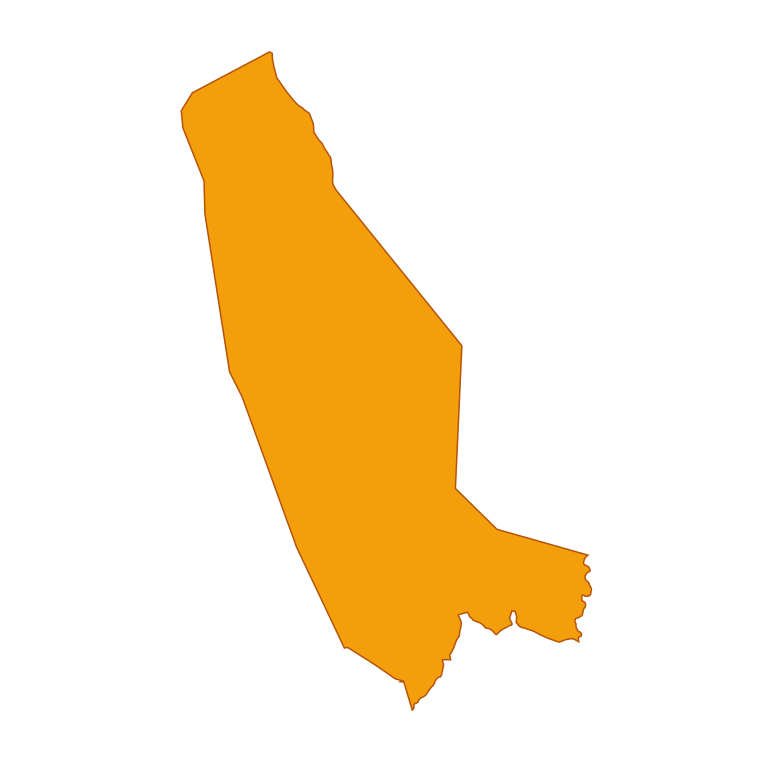 the district of San José del Peñasco, Oaxaca, Mexico, rotated 184°
{"feature_id": "50627088B98907019686863", "entity_name": "San José del Peñasco", "entity_type": "district", "adm_level": 2, "iso_a3": "MEX", "parent_name": "Mexico", "parent_adm1": "Oaxaca", "projection": "mercator", "projection_center": [-96.508, 16.278], "detail": "fine", "context": "isolated", "style": "filled", "palette": "amber", "viewbox_px": 768, "rotation_deg": 184, "n_neighbors": 0, "source": "geoboundaries", "source_scale": "gbopen_adm2", "svg_char_len": 3843}
<svg xmlns="http://www.w3.org/2000/svg" viewBox="0 0 768 768"><g transform="rotate(184 384 384)"><path d="M521.4,707.3L595.5,661.1L605.3,642.4L603.9,634.1L602.5,625.5L577.7,574.0L574.6,541.6L538.9,385.3L524.6,361.2L498.3,302.0L459.7,214.9L405.1,117.9L404.9,118.1L401.6,118.5L378.5,106.1L367.5,99.8L367.0,99.5L365.0,98.3L361.8,96.5L361.1,96.1L352.8,90.9L350.6,90.3L344.9,89.3L346.8,88.2L343.4,88.1L342.9,86.6L342.7,86.2L333.1,60.7L332.8,60.8L331.7,62.6L331.5,63.6L331.7,64.4L331.9,65.3L331.9,65.8L331.4,66.7L330.8,67.2L329.3,68.1L328.3,68.8L327.7,69.7L327.4,70.7L326.5,72.3L325.8,73.2L324.1,74.0L322.2,75.3L321.3,75.9L320.3,77.1L319.4,78.8L317.5,82.0L316.9,82.9L315.9,84.5L315.4,85.3L314.6,85.8L314.0,86.5L312.7,89.2L312.4,91.1L310.4,94.1L309.4,95.1L308.8,95.4L308.1,95.5L307.4,95.7L306.7,97.0L306.3,98.0L306.1,99.7L306.0,100.4L305.6,102.5L305.0,107.9L305.2,109.2L305.7,110.4L306.3,111.4L306.4,113.2L305.1,113.1L303.2,113.3L301.6,113.4L299.7,113.5L298.3,113.6L299.1,116.3L299.7,118.5L298.6,119.7L297.0,123.3L296.3,124.9L295.3,128.5L293.7,133.9L291.3,137.8L291.2,139.8L291.2,140.9L291.1,142.3L290.5,146.2L290.2,149.8L290.3,150.9L290.6,152.5L291.4,154.2L292.0,155.4L292.6,156.3L293.5,157.9L293.6,159.0L290.7,160.1L284.9,162.1L283.8,160.8L283.1,159.5L282.3,157.8L281.5,157.1L280.6,156.8L280.1,156.4L279.7,155.8L279.3,155.1L278.4,154.6L273.7,153.0L272.3,152.7L270.6,152.0L269.2,151.1L267.9,150.0L267.0,148.9L266.5,148.4L265.7,147.8L264.8,147.5L263.7,147.5L262.4,147.4L260.9,146.7L259.6,146.0L257.9,144.8L255.8,142.6L255.2,142.1L254.6,142.0L254.0,142.0L252.6,143.8L250.8,145.8L249.7,146.8L245.9,149.2L244.2,150.1L243.1,151.2L242.3,151.6L240.0,152.3L239.5,153.4L239.8,154.5L240.8,155.9L242.6,159.4L242.4,159.5L241.5,162.7L240.7,166.5L238.1,166.3L237.4,166.5L235.4,161.1L235.5,155.3L233.8,153.7L232.5,152.1L230.0,150.8L226.8,150.3L224.6,149.7L221.5,148.9L217.4,147.8L214.3,146.4L211.2,145.0L207.9,143.7L206.7,143.2L202.9,141.9L199.0,140.8L194.5,139.5L191.3,138.7L189.8,139.3L185.9,141.2L184.4,141.8L179.4,143.0L176.9,142.9L174.3,141.6L171.7,140.5L172.4,143.7L172.1,145.0L170.9,145.8L170.0,146.1L169.5,146.5L169.6,148.4L170.7,150.0L172.6,150.7L174.0,152.2L175.5,155.1L175.7,157.8L176.1,158.9L177.1,160.5L177.0,162.1L176.3,163.4L174.4,164.2L172.4,165.4L170.4,166.8L170.0,167.7L169.7,170.1L169.5,172.1L169.1,173.3L168.3,174.7L167.7,175.6L167.4,177.7L167.8,179.2L168.5,180.3L169.5,180.8L170.9,181.5L171.5,182.1L171.7,182.9L171.7,183.8L171.8,185.8L171.8,186.6L171.3,187.0L170.2,187.4L169.3,186.8L168.3,186.3L167.3,186.2L164.2,187.1L163.2,188.9L162.9,192.1L162.7,193.7L163.5,195.7L164.8,197.5L165.5,199.5L166.4,200.5L168.6,202.3L170.0,204.4L169.9,206.0L169.2,208.5L167.9,210.0L167.1,210.7L166.3,211.2L165.5,211.5L165.3,212.2L165.8,213.7L166.4,214.8L167.0,215.6L167.7,216.1L168.8,216.8L169.7,217.1L171.1,217.5L172.0,218.1L172.4,219.0L172.4,220.9L171.9,222.9L170.8,225.3L169.3,226.8L168.6,227.5L261.2,246.9L305.5,284.8L307.4,363.7L309.0,427.6L310.8,429.5L445.2,574.0L447.7,577.8L448.5,579.0L449.3,581.6L449.5,584.5L449.6,585.3L449.6,588.0L449.6,590.1L449.9,591.7L450.4,594.9L451.2,597.6L451.8,599.4L452.4,604.1L452.5,604.5L452.9,605.5L453.2,606.4L453.6,606.8L455.3,609.0L456.2,610.3L458.6,613.5L459.9,615.3L461.4,617.8L462.4,619.5L464.4,621.4L466.3,623.2L467.2,624.5L469.7,627.7L469.7,627.8L471.1,629.7L471.6,630.6L472.0,634.1L472.1,635.1L472.9,639.3L473.2,640.0L474.0,641.6L477.4,648.8L482.0,651.6L482.7,652.1L485.2,654.1L485.8,654.4L488.0,655.3L490.6,657.5L492.9,659.5L493.3,660.0L495.3,662.1L496.6,663.4L497.0,663.9L499.7,666.7L501.0,668.1L501.2,668.3L505.0,673.0L505.8,674.0L506.7,675.0L509.0,678.0L512.2,681.7L512.5,682.4L513.1,684.5L513.3,685.2L514.4,688.2L514.7,689.1L515.4,691.4L516.1,693.4L516.6,695.2L516.7,695.7L517.6,699.0L517.8,699.6L518.1,701.8L518.5,705.3L518.7,706.1L521.4,707.3Z" fill="#f59e0b" stroke="#b45309" stroke-width="1.5"/></g></svg>